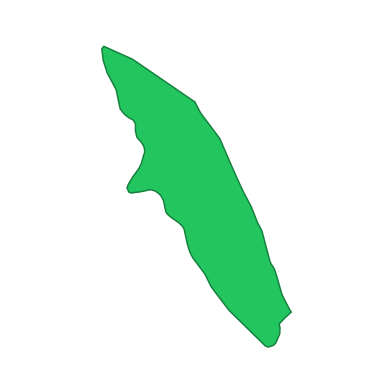 outline of Zunilito, Suchitepéquez, Guatemala, rotated 310°
{"feature_id": "79465075B91860193952418", "entity_name": "Zunilito", "entity_type": "district", "adm_level": 2, "iso_a3": "GTM", "parent_name": "Guatemala", "parent_adm1": "Suchitepéquez", "projection": "natural_earth1", "projection_center": [-91.502, 14.633], "detail": "fine", "context": "isolated", "style": "filled", "palette": "green", "viewbox_px": 384, "rotation_deg": 310, "n_neighbors": 0, "source": "geoboundaries", "source_scale": "gbopen_adm2", "svg_char_len": 1179}
<svg xmlns="http://www.w3.org/2000/svg" viewBox="0 0 384 384"><g transform="rotate(310 192 192)"><path d="M246.9,30.8L243.6,30.9L235.6,39.6L228.7,50.6L221.6,68.2L211.2,81.3L209.4,83.8L208.4,88.5L208.1,91.5L208.3,95.9L209.3,100.7L208.0,104.7L202.6,109.3L199.5,113.2L198.3,115.3L197.6,120.6L196.4,124.7L195.3,126.9L193.5,128.9L191.7,130.4L189.3,131.2L180.8,135.1L175.8,136.2L164.8,137.0L156.8,138.3L153.4,139.5L151.4,143.6L152.1,146.0L155.3,148.9L158.0,151.5L162.2,154.9L166.2,157.9L167.6,159.6L169.1,163.3L169.4,167.2L169.2,170.2L168.1,173.4L167.1,175.6L165.1,178.3L162.1,181.9L160.0,184.9L159.2,187.1L159.1,190.4L159.3,194.7L159.9,200.5L159.7,206.3L158.5,209.8L149.6,221.3L144.9,228.4L142.2,234.5L137.4,254.7L131.6,267.9L127.6,285.5L125.1,296.7L121.2,347.1L122.3,350.2L124.8,351.7L127.0,353.0L130.2,353.2L139.7,350.4L144.4,346.8L147.0,343.6L155.3,344.1L163.8,345.2L164.8,342.2L169.0,332.0L170.6,328.5L171.6,326.3L181.2,312.2L185.9,304.7L186.9,301.7L187.7,298.8L189.3,295.8L207.1,270.6L210.9,261.4L218.7,247.1L224.8,232.0L227.2,226.7L230.6,219.6L238.3,203.8L250.8,178.9L258.1,147.7L262.8,136.4L255.5,61.2L246.9,30.8Z" fill="#22c55e" stroke="#15803d" stroke-width="1.5"/></g></svg>